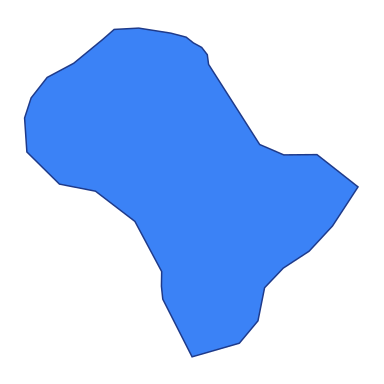 an SVG outline of Kiboga, rotated 179°
{"feature_id": "UGA-3089", "entity_name": "Kiboga", "entity_type": "District", "adm_level": 1, "iso_a3": "UGA", "parent_name": "Uganda", "parent_adm1": "", "projection": "natural_earth1", "projection_center": [31.973, 0.869], "detail": "fine", "context": "isolated", "style": "filled", "palette": "blue", "viewbox_px": 384, "rotation_deg": 179, "n_neighbors": 0, "source": "natural_earth", "source_scale": "10m", "svg_char_len": 544}
<svg xmlns="http://www.w3.org/2000/svg" viewBox="0 0 384 384"><g transform="rotate(179 192 192)"><path d="M334.8,309.1L308.0,322.8L278.6,346.1L267.0,355.9L242.4,356.8L210.4,351.2L195.1,346.9L188.1,341.1L179.8,336.4L174.3,329.0L173.2,319.3L123.5,238.3L99.6,227.5L66.4,227.2L25.9,194.2L52.1,155.6L75.9,130.8L102.1,114.3L121.1,95.0L128.3,62.0L147.3,40.0L194.8,27.2L223.1,85.4L224.2,98.3L223.7,113.0L249.6,163.6L288.5,194.5L324.4,202.2L356.4,234.9L358.1,268.9L351.2,288.9L334.8,309.1Z" fill="#3b82f6" stroke="#1e3a8a" stroke-width="1.5"/></g></svg>